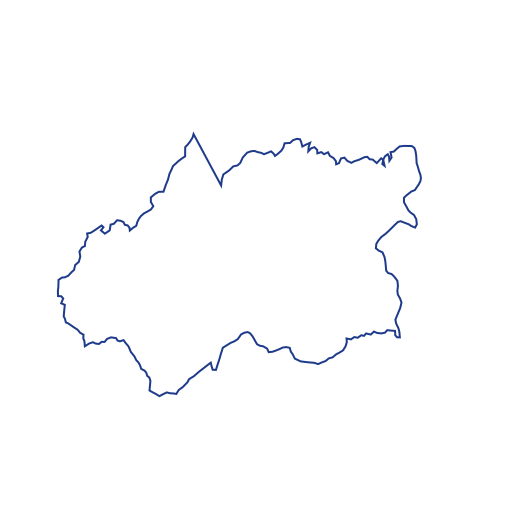 the district of Sapopema, Paraná, Brazil, rotated 207°
{"feature_id": "56859067B84915220183665", "entity_name": "Sapopema", "entity_type": "district", "adm_level": 2, "iso_a3": "BRA", "parent_name": "Brazil", "parent_adm1": "Paraná", "projection": "equal_earth", "projection_center": [-50.609, -23.883], "detail": "fine", "context": "isolated", "style": "outline", "palette": "blue", "viewbox_px": 512, "rotation_deg": 207, "n_neighbors": 0, "source": "geoboundaries", "source_scale": "gbopen_adm2", "svg_char_len": 3928}
<svg xmlns="http://www.w3.org/2000/svg" viewBox="0 0 512 512"><g transform="rotate(207 256 256)"><path d="M300.9,102.3L298.5,99.8L295.9,99.3L293.4,96.8L289.8,87.8L285.6,87.6L282.9,87.6L278.4,87.3L275.9,90.9L273.6,93.9L269.9,94.8L267.1,96.1L264.4,96.9L264.0,101.6L261.7,106.1L259.8,112.2L259.7,115.9L256.8,120.7L254.2,127.1L252.3,131.1L251.0,133.9L247.9,140.4L245.5,137.6L243.0,135.0L240.0,136.3L240.8,141.0L241.8,147.5L243.0,153.6L243.9,159.2L241.2,163.7L239.0,167.3L236.8,169.8L234.5,173.6L233.7,179.3L231.7,182.2L228.8,184.5L226.0,184.4L222.3,182.7L218.9,180.4L215.1,177.9L211.7,177.8L208.6,178.8L204.0,178.5L201.0,176.1L197.8,178.2L195.5,180.6L192.9,183.6L190.5,186.7L187.8,188.5L184.3,189.5L181.4,186.5L178.7,185.1L174.8,182.2L168.3,182.4L162.8,184.4L159.2,185.8L155.8,187.2L151.6,187.9L149.1,191.0L146.3,194.0L144.7,197.8L141.7,200.5L140.0,204.7L137.6,208.1L135.6,211.5L135.2,216.3L136.0,220.5L137.9,223.6L133.6,224.8L131.6,228.4L128.3,229.3L126.2,233.2L123.5,233.9L122.7,237.0L118.1,238.1L116.6,242.2L113.3,242.4L109.4,243.8L106.3,246.2L105.4,249.5L101.7,250.9L98.1,252.4L95.9,248.6L93.3,247.6L90.9,248.8L93.7,253.3L96.4,256.4L100.4,259.4L102.9,262.5L103.9,275.1L105.2,280.5L108.4,283.6L112.2,286.1L114.2,289.1L116.0,293.9L118.8,298.1L123.5,300.4L127.0,301.5L130.5,300.8L133.3,302.0L137.9,309.3L140.9,313.3L145.0,316.7L149.1,316.5L152.7,317.3L154.3,321.4L154.0,325.4L152.9,330.0L150.7,334.4L149.0,338.9L146.7,346.0L145.0,350.8L142.8,352.7L137.5,353.2L134.2,353.6L131.3,353.2L127.1,353.6L127.1,357.3L129.9,361.5L133.7,364.2L138.1,364.9L140.8,365.8L144.7,368.5L148.6,371.1L150.6,375.1L149.5,378.3L146.8,384.1L144.4,386.8L143.5,393.6L143.5,397.4L144.5,400.4L146.4,403.0L149.1,405.5L152.9,409.6L155.0,411.6L158.9,418.3L161.6,422.0L164.0,424.2L167.1,424.7L174.1,421.3L177.8,418.8L179.3,415.3L180.6,411.6L183.3,409.6L179.9,405.3L180.4,401.4L182.5,404.9L184.8,406.5L186.4,403.2L186.3,399.5L188.8,399.9L190.6,393.6L195.8,394.9L198.7,393.8L201.8,394.9L204.2,393.3L208.0,388.4L211.5,385.0L213.3,382.3L217.9,382.2L221.9,383.8L224.6,381.4L224.2,376.4L226.2,374.1L227.9,376.8L231.4,378.5L235.6,378.7L238.9,381.1L241.6,377.6L245.0,378.2L247.9,375.3L249.7,378.3L253.3,379.5L255.7,377.1L256.9,373.0L258.6,377.1L259.2,381.4L261.9,378.1L264.4,374.6L267.7,378.3L269.9,380.0L272.8,378.9L275.6,376.0L277.0,372.2L281.7,369.4L280.9,365.2L281.2,361.5L282.9,357.0L284.5,353.8L286.8,355.2L290.1,356.1L292.5,353.2L295.1,350.3L298.1,350.3L301.8,349.3L305.1,348.9L307.9,347.1L310.8,344.1L312.5,337.8L312.3,331.7L313.6,328.3L316.9,325.6L318.8,320.0L322.1,313.9L321.2,308.7L319.1,303.0L367.0,336.3L366.3,332.9L366.7,327.9L367.5,324.0L368.5,320.9L366.1,316.0L364.4,312.6L366.7,308.5L368.3,305.1L369.4,302.0L370.8,298.5L370.5,294.5L370.4,289.9L369.1,284.1L368.6,278.0L367.6,271.3L371.7,269.1L374.1,265.6L376.3,260.5L374.2,256.4L370.1,253.7L370.8,249.6L373.3,245.8L375.1,243.2L376.7,239.3L377.2,236.1L377.2,232.7L376.4,228.5L378.4,225.3L380.0,221.4L381.6,223.8L384.3,225.0L387.0,224.2L389.3,226.0L392.4,226.0L396.0,224.8L397.3,220.1L399.8,218.0L398.0,212.4L400.8,207.3L405.8,208.4L405.0,212.4L407.4,213.1L409.4,209.4L411.9,204.8L413.8,201.6L416.7,199.4L414.6,196.6L414.6,191.2L413.0,187.2L415.0,184.4L415.3,179.8L412.3,175.7L411.2,170.3L413.0,165.9L411.8,161.0L413.0,157.9L414.4,153.0L416.9,150.0L419.1,148.7L421.1,145.0L419.2,141.1L417.8,138.1L416.6,134.8L414.2,130.4L411.3,131.7L408.5,130.6L408.1,125.4L404.2,125.7L401.9,119.8L399.9,114.9L397.6,113.2L395.3,110.5L392.8,110.7L386.0,109.8L381.4,109.3L377.7,107.7L374.0,107.6L372.5,104.2L370.3,102.3L367.5,97.9L364.9,102.3L362.2,105.1L359.1,105.2L356.0,106.3L354.6,109.4L351.9,110.7L351.1,114.5L348.2,117.7L343.5,119.3L340.9,117.8L338.5,118.2L335.9,120.9L332.7,119.3L328.8,117.7L326.5,115.9L324.0,113.7L321.0,112.4L318.5,111.2L315.5,108.9L312.3,107.7L309.9,106.1L307.0,103.3L303.4,103.3L300.9,102.3ZM186.3,399.5L182.4,394.7L185.2,395.3L186.3,399.5Z" fill="none" stroke="#1e3a8a" stroke-width="2"/></g></svg>